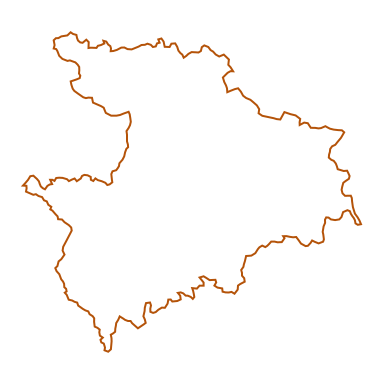 Inácio Martins, Paraná, Brazil
{"feature_id": "56859067B63299144707636", "entity_name": "Inácio Martins", "entity_type": "district", "adm_level": 2, "iso_a3": "BRA", "parent_name": "Brazil", "parent_adm1": "Paraná", "projection": "orthographic", "projection_center": [-51.211, -25.645], "detail": "fine", "context": "isolated", "style": "outline", "palette": "amber", "viewbox_px": 384, "rotation_deg": 0, "n_neighbors": 0, "source": "geoboundaries", "source_scale": "gbopen_adm2", "svg_char_len": 5149}
<svg xmlns="http://www.w3.org/2000/svg" viewBox="0 0 384 384"><path d="M361.0,224.2L359.5,220.6L357.6,217.3L354.9,213.6L352.9,207.1L352.1,201.5L351.8,198.0L350.8,195.7L345.0,195.8L342.5,193.3L341.6,189.8L342.2,186.8L343.3,182.8L345.5,181.1L348.9,178.8L349.6,176.0L348.2,172.9L347.1,170.7L343.7,171.0L340.1,169.9L337.7,169.2L336.9,166.3L335.8,163.5L333.7,160.8L331.3,159.8L328.8,157.6L329.1,154.5L329.9,151.9L330.2,149.0L332.1,146.3L335.3,144.8L337.5,142.0L341.0,137.8L342.4,135.4L344.2,132.3L341.9,130.3L338.1,130.1L333.7,129.6L330.0,128.7L327.5,127.4L325.4,126.2L321.0,128.1L318.5,128.4L315.3,127.9L310.8,127.8L307.8,123.2L304.2,122.6L299.7,125.0L299.6,122.2L300.2,118.9L295.6,115.4L290.6,114.2L284.4,112.1L280.3,119.5L276.7,119.1L273.7,118.2L262.3,115.8L258.6,113.3L259.2,109.2L256.9,105.4L253.4,102.3L250.4,99.8L246.1,98.0L243.1,95.7L240.9,91.7L238.1,88.3L234.9,89.1L230.8,90.7L227.3,92.2L227.0,88.3L226.0,85.4L224.3,82.1L222.9,77.5L227.6,72.8L230.5,71.2L233.1,71.3L230.6,67.3L228.3,64.8L228.9,59.5L223.8,54.6L219.2,56.5L215.7,54.5L213.1,51.6L210.6,50.1L208.3,47.0L204.3,45.4L201.8,47.2L200.9,51.0L198.5,52.5L195.6,52.3L191.6,52.1L188.4,53.9L186.3,55.9L183.7,57.7L182.3,54.6L180.4,53.1L178.4,50.6L177.2,46.8L175.2,43.4L171.4,43.7L169.6,47.0L164.7,46.8L163.6,41.6L161.4,38.5L158.3,39.4L159.6,42.7L157.0,43.4L155.8,46.4L152.9,47.0L150.8,44.8L147.4,43.7L144.9,44.8L141.5,45.0L138.6,46.6L131.7,49.4L127.5,49.1L124.4,47.5L121.3,47.6L116.9,49.9L113.3,51.0L110.7,51.2L111.0,48.4L110.3,46.1L108.2,44.6L106.3,41.6L103.4,40.8L104.3,43.5L100.8,45.1L97.9,45.8L96.5,47.9L90.7,47.7L88.5,48.0L88.7,42.1L86.3,39.7L82.6,42.8L80.2,42.4L78.0,40.5L77.0,37.9L76.4,34.9L73.1,34.0L70.6,32.3L67.4,35.4L61.3,36.4L58.4,38.1L55.9,38.2L53.7,40.3L54.6,45.1L53.7,48.5L56.2,49.1L57.4,51.1L59.2,55.8L62.4,58.9L67.5,60.9L69.9,60.4L75.4,62.4L77.7,64.7L79.2,67.0L79.3,70.4L79.0,73.5L80.3,75.7L79.7,78.1L76.6,79.4L70.7,81.4L71.4,84.8L72.7,88.7L74.3,90.9L78.0,93.6L83.3,97.3L85.9,98.1L88.5,97.6L92.0,97.8L93.0,102.6L101.0,106.1L103.7,107.7L104.8,110.5L105.8,112.9L111.2,115.7L116.3,115.7L120.0,115.0L123.5,113.6L128.6,111.8L129.7,114.3L130.3,118.1L130.8,121.8L130.0,125.2L128.6,128.0L126.5,131.1L127.0,134.7L127.0,141.4L127.9,144.5L128.1,147.2L126.4,148.8L125.1,152.3L124.2,156.4L122.5,159.7L119.4,163.3L119.0,166.1L117.7,168.2L116.2,170.2L112.5,171.3L111.3,174.1L111.9,179.5L112.3,182.3L109.6,184.4L107.3,185.0L105.4,182.8L101.7,181.2L97.8,180.1L95.4,178.4L93.3,181.0L90.9,179.8L90.7,176.9L87.6,175.3L84.3,174.9L82.0,176.0L80.8,178.5L76.8,181.2L74.6,178.5L72.1,179.5L68.9,181.1L67.0,179.2L62.6,177.9L59.2,177.7L56.2,178.0L54.5,180.9L52.4,179.8L50.2,179.8L52.1,184.1L49.7,184.5L47.4,185.9L45.0,189.3L42.8,188.2L40.8,186.4L39.8,184.1L38.9,181.3L36.9,178.9L35.0,177.2L33.4,175.7L30.3,176.2L28.0,179.9L25.2,183.2L23.0,185.6L26.4,185.8L26.6,188.3L26.0,191.6L33.3,194.8L35.9,194.2L38.5,196.0L42.1,197.1L44.0,200.3L46.8,201.4L48.3,204.8L51.3,206.8L50.3,209.4L52.4,210.6L55.5,214.2L57.6,216.4L58.1,219.2L62.0,219.5L64.5,222.2L68.8,225.1L71.2,227.5L71.7,230.6L66.5,240.6L63.2,246.8L62.6,250.6L64.5,254.6L61.3,259.2L58.6,261.4L57.4,266.1L55.3,268.1L56.6,271.2L59.3,274.2L61.2,279.3L63.0,281.5L64.1,283.8L64.3,287.2L66.1,288.8L66.6,291.4L64.8,292.7L66.7,294.8L68.7,299.7L72.2,300.5L74.5,301.8L77.2,302.6L78.2,305.6L80.5,307.2L82.7,308.8L85.4,310.4L88.3,311.4L89.6,314.2L92.7,316.2L94.2,318.3L94.1,321.9L94.7,326.6L97.4,327.8L99.7,329.6L99.3,332.3L99.9,335.6L102.8,337.6L100.5,339.8L101.3,342.4L103.8,343.6L105.0,347.6L104.5,350.3L108.2,351.7L110.9,349.3L111.6,341.4L111.5,338.1L110.8,334.7L112.8,333.6L115.1,331.8L115.3,328.7L115.9,325.6L116.2,323.1L118.3,319.7L119.7,316.4L123.1,318.5L125.1,319.9L128.0,321.0L130.6,321.0L132.1,323.2L136.2,326.8L137.9,328.3L143.7,324.4L145.7,322.9L144.8,319.4L143.4,316.3L144.6,311.0L144.8,307.8L146.0,303.1L150.0,302.5L151.0,305.4L150.3,308.6L150.4,311.8L153.1,312.9L155.7,312.1L158.4,309.7L161.9,307.6L164.9,307.8L167.6,303.6L168.3,299.6L170.7,299.5L172.3,301.5L177.3,301.0L180.7,299.4L180.2,295.7L177.9,292.9L180.7,292.4L183.3,293.4L185.6,295.6L187.8,295.7L190.7,296.9L192.8,298.9L194.3,297.0L193.8,294.0L193.1,290.8L192.2,288.1L196.9,288.6L199.5,285.7L203.6,285.7L203.6,282.5L199.6,277.5L203.6,276.3L206.4,278.0L209.6,280.1L215.4,279.8L216.2,282.4L214.4,285.6L217.5,287.6L219.9,288.0L222.2,288.4L222.6,291.7L225.6,292.4L228.8,292.5L231.5,291.9L234.5,293.7L237.7,289.6L238.0,285.6L240.1,284.1L244.7,281.7L244.2,278.2L242.0,275.7L242.0,272.9L241.2,270.0L243.4,266.9L243.9,264.3L244.9,261.2L246.1,256.0L249.1,255.8L251.4,255.6L255.3,253.2L257.9,249.1L259.4,247.3L262.2,245.6L265.3,247.1L267.3,245.8L269.0,244.1L271.2,241.6L274.5,241.6L277.6,242.3L281.8,242.1L284.5,238.2L283.2,236.2L286.4,236.1L289.7,236.8L293.1,237.3L296.2,237.0L298.7,240.3L301.0,243.6L305.6,246.1L307.9,245.8L310.6,242.9L312.1,240.5L314.7,241.8L318.6,243.4L323.1,241.7L323.9,239.4L323.3,234.6L322.7,231.9L323.6,226.4L325.1,222.9L325.0,219.7L326.2,217.4L328.6,217.6L330.9,219.4L335.1,220.1L339.3,219.4L341.5,217.0L343.1,212.1L347.4,210.2L349.9,211.2L350.8,213.7L352.3,216.1L353.8,218.1L354.9,220.2L355.5,223.4L357.8,224.8L361.0,224.2Z" fill="none" stroke="#b45309" stroke-width="2"/></svg>